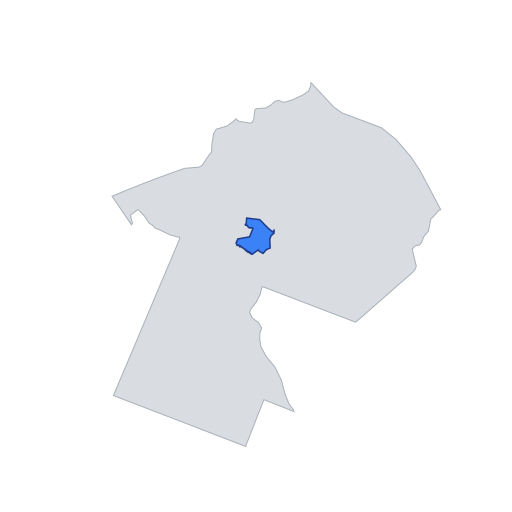 location of San Pedro Carchá, Alta Verapaz, Guatemala, rotated 201°
{"feature_id": "79465075B56532928318150", "entity_name": "San Pedro Carchá", "entity_type": "district", "adm_level": 2, "iso_a3": "GTM", "parent_name": "Guatemala", "parent_adm1": "Alta Verapaz", "projection": "robinson", "projection_center": [-90.098, 15.577], "detail": "fine", "context": "in_parent", "style": "filled", "palette": "blue", "viewbox_px": 512, "rotation_deg": 201, "n_neighbors": 0, "source": "geoboundaries", "source_scale": "gbopen_adm2", "svg_char_len": 5025}
<svg xmlns="http://www.w3.org/2000/svg" viewBox="0 0 512 512"><g transform="rotate(201 256 256)"><path d="M100.2,365.5L102.2,363.2L103.9,358.0L106.1,352.6L104.8,346.3L104.0,341.2L106.4,333.9L106.2,328.3L107.3,324.9L110.9,322.7L112.7,318.5L102.7,303.9L102.7,300.6L104.1,296.5L112.3,281.0L122.0,262.5L132.8,242.1L139.3,229.9L162.8,229.8L178.3,229.8L198.1,229.8L219.5,229.8L233.6,229.8L239.4,229.6L238.4,221.7L239.2,212.9L241.8,204.9L241.8,201.3L237.6,197.0L229.4,194.5L224.9,190.7L224.9,185.8L222.9,180.0L219.0,173.1L210.8,166.1L198.4,158.9L187.9,149.3L179.2,137.2L171.8,129.4L166.2,126.1L164.8,124.4L181.4,124.5L197.1,124.7L197.3,107.3L197.4,91.9L197.5,74.5L225.9,74.5L259.9,74.6L295.1,74.6L322.8,74.6L339.1,74.6L338.4,96.2L337.5,121.2L336.9,139.6L336.1,164.1L335.3,189.2L334.1,223.4L333.4,245.5L333.8,246.0L343.0,244.9L356.7,245.9L360.1,245.8L364.3,247.8L367.5,248.3L374.5,253.3L382.7,257.1L387.9,249.5L385.1,244.9L383.1,242.6L383.4,240.5L411.8,260.2L408.5,263.3L401.3,270.3L388.2,282.3L376.4,293.0L365.2,302.7L355.0,311.5L353.8,312.4L340.9,318.6L338.7,321.5L335.9,333.9L334.7,337.0L337.0,343.9L339.4,354.5L338.6,360.1L329.7,366.9L325.6,373.1L323.8,377.0L322.2,376.0L319.4,375.7L313.0,377.2L309.9,377.6L307.4,379.3L307.1,383.2L308.8,389.4L309.4,392.6L307.6,394.1L299.8,397.8L296.7,401.5L293.7,407.2L290.2,409.6L286.6,409.1L284.1,410.0L278.6,414.3L270.4,422.6L266.0,428.7L265.9,433.4L266.7,437.5L236.8,422.9L226.9,420.4L184.9,420.7L166.9,414.9L146.4,403.8L132.5,393.7L100.2,365.5Z" fill="#d9dde1" stroke="#a8b0b8" stroke-width="1"/><path d="M279.3,261.1L279.1,261.0L278.5,260.3L278.4,260.1L278.1,259.8L278.0,259.6L277.8,259.5L277.7,259.4L277.6,259.2L277.4,259.2L277.4,259.3L277.2,259.4L277.2,259.2L276.9,259.3L276.8,259.5L276.7,259.6L276.4,259.5L276.2,259.7L275.9,259.7L275.7,259.6L275.4,259.7L275.3,259.8L275.2,259.9L275.0,259.7L274.9,259.5L274.8,259.8L274.7,259.9L274.4,259.9L274.2,259.8L274.2,259.7L274.3,259.5L274.3,259.4L274.2,259.3L274.1,259.6L273.9,259.8L273.7,259.7L273.6,259.4L273.4,259.3L273.2,259.2L272.9,259.2L272.7,259.2L272.5,259.3L272.4,259.3L272.1,259.1L272.1,258.9L271.9,258.9L271.9,259.0L271.7,259.1L271.3,259.0L271.2,258.9L270.7,258.7L270.2,258.5L269.9,258.5L269.6,258.4L269.4,258.4L269.2,258.3L268.9,258.3L268.7,258.3L268.7,258.2L268.3,258.1L268.2,258.2L267.9,258.1L267.6,258.0L267.6,257.9L267.3,257.8L267.2,257.8L267.0,257.7L267.3,257.5L267.4,257.4L266.5,257.2L266.4,257.2L266.3,257.3L266.2,257.4L266.1,257.2L265.7,257.1L265.5,256.9L265.4,257.0L265.5,257.1L265.4,257.2L265.2,257.1L264.9,257.1L264.8,256.9L264.7,256.9L264.6,257.0L264.8,257.2L264.8,257.3L264.6,257.3L264.5,257.2L264.4,257.2L264.4,257.3L264.2,257.4L264.2,257.2L264.2,256.9L264.2,256.7L263.9,256.8L263.9,257.1L263.7,257.0L263.7,256.9L263.4,256.8L263.4,257.0L263.3,256.9L263.2,256.8L263.0,256.7L262.9,256.8L262.8,257.0L262.7,257.0L262.4,257.1L262.0,256.8L261.9,256.6L261.8,256.4L261.8,256.2L261.5,256.2L261.5,256.3L261.4,256.5L261.2,256.6L260.9,256.4L260.7,256.3L260.5,256.2L260.4,256.2L260.2,256.2L259.5,257.2L259.4,257.4L259.3,257.6L259.0,258.1L256.6,261.8L256.3,262.2L256.2,262.4L255.9,262.2L255.6,262.1L254.7,261.6L251.5,261.1L250.8,261.0L250.7,260.9L250.4,260.9L249.8,262.4L249.6,262.8L249.5,263.2L249.4,263.5L249.3,263.8L248.8,265.0L248.6,265.7L248.4,265.9L248.2,266.0L247.6,266.6L246.7,267.5L246.3,267.9L246.0,268.2L245.7,268.5L245.8,268.7L246.5,270.6L246.7,271.0L247.3,272.3L247.5,272.8L247.8,273.3L247.9,273.5L248.0,273.9L248.2,274.4L248.6,275.3L248.9,276.0L249.0,276.3L249.2,276.7L249.2,277.5L249.2,277.9L249.2,280.1L249.2,280.3L249.0,280.7L248.7,281.2L248.4,281.8L247.7,283.2L247.4,283.5L247.5,283.9L247.6,284.2L247.9,285.5L248.0,285.7L248.1,286.1L248.3,286.3L248.3,286.2L249.0,284.5L249.5,284.6L250.0,284.8L250.8,285.0L251.9,285.4L252.3,285.5L253.6,286.0L254.6,286.3L254.8,286.4L255.4,286.7L256.5,287.2L256.7,287.3L257.5,287.6L258.5,288.1L259.1,288.3L260.8,289.1L261.5,289.5L262.1,289.7L262.5,289.9L263.9,290.5L264.2,290.7L264.9,291.0L265.4,291.2L265.5,291.3L266.5,291.1L267.2,290.9L267.5,290.8L269.1,290.4L269.8,290.2L274.1,289.1L274.4,289.1L275.0,288.9L275.6,288.8L276.0,288.6L276.3,288.6L276.9,288.4L277.0,288.4L277.5,288.3L277.7,288.2L278.3,288.1L278.3,287.9L277.9,286.7L277.8,286.3L277.7,286.1L277.6,285.5L277.5,285.3L277.4,284.9L277.3,284.6L277.2,284.3L277.0,283.5L276.9,283.2L277.0,282.4L277.1,281.7L277.2,281.2L276.9,281.0L276.7,281.0L275.9,281.1L275.6,281.4L275.3,281.5L275.2,281.5L274.9,281.3L274.7,281.2L274.1,280.6L273.4,280.0L273.2,280.0L272.8,280.1L272.6,280.0L272.4,279.9L271.9,279.9L271.7,280.0L271.6,280.3L271.4,280.4L271.1,280.3L270.9,280.3L270.6,280.5L270.3,280.7L270.3,280.8L270.2,280.9L269.5,280.7L269.3,280.8L269.2,280.9L269.0,281.0L268.8,280.9L268.8,280.6L268.7,280.4L268.8,275.1L268.9,271.6L269.4,271.3L270.8,270.5L271.0,270.3L271.3,270.1L271.7,269.9L272.1,269.6L272.9,269.1L273.2,269.0L273.9,268.5L274.1,268.4L274.5,268.3L275.2,267.8L277.9,266.1L278.1,266.1L278.4,265.8L278.5,265.8L278.6,265.6L278.9,265.5L279.1,265.3L279.2,261.7L279.3,261.1Z" fill="#3b82f6" stroke="#1e3a8a" stroke-width="1.5"/></g></svg>